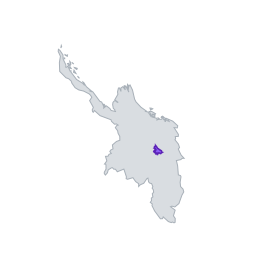 location of Monywa, Sagaing, Myanmar, rotated 149°
{"feature_id": "60261553B28979630774365", "entity_name": "Monywa", "entity_type": "district", "adm_level": 2, "iso_a3": "MMR", "parent_name": "Myanmar", "parent_adm1": "Sagaing", "projection": "robinson", "projection_center": [95.327, 22.213], "detail": "fine", "context": "in_parent", "style": "filled", "palette": "violet", "viewbox_px": 256, "rotation_deg": 149, "n_neighbors": 0, "source": "geoboundaries", "source_scale": "gbopen_adm2", "svg_char_len": 5664}
<svg xmlns="http://www.w3.org/2000/svg" viewBox="0 0 256 256"><g transform="rotate(149 128 128)"><path d="M161.9,115.3L159.6,114.1L157.9,115.2L155.4,114.8L155.7,117.2L154.2,118.0L151.6,117.8L150.1,121.5L144.8,122.4L141.3,121.7L139.4,125.0L139.2,128.7L138.3,131.0L138.7,134.8L136.4,135.9L135.0,135.6L135.8,137.4L137.6,138.2L138.7,142.2L138.3,143.8L145.6,153.0L147.8,160.3L149.5,159.3L150.0,160.1L149.3,162.0L147.1,163.5L146.8,171.2L143.2,173.0L143.3,175.6L143.8,177.4L147.0,182.5L150.6,186.0L152.6,189.8L153.0,195.3L152.5,197.5L153.5,200.8L155.3,203.0L157.4,211.6L153.2,219.3L149.0,224.3L148.4,229.6L147.1,231.3L146.4,229.7L146.1,224.1L148.1,220.6L148.8,213.8L150.1,212.3L149.4,211.7L147.7,212.1L148.3,206.6L147.4,206.4L148.1,205.2L147.1,196.1L143.8,189.6L143.3,186.8L142.9,190.6L142.5,189.8L142.4,184.8L140.5,179.2L140.6,178.8L141.5,179.2L140.7,178.0L140.1,178.3L139.5,176.9L138.4,165.4L137.2,163.8L137.7,158.9L138.6,157.6L135.1,158.1L133.5,154.0L133.4,151.7L129.9,148.2L130.5,149.3L129.9,150.5L130.5,152.4L129.1,156.0L127.7,157.7L125.8,158.3L124.4,157.3L124.0,155.4L123.4,155.4L124.8,159.0L119.3,162.1L118.4,164.3L115.6,167.2L114.7,166.8L115.2,162.9L113.5,166.0L111.2,166.1L110.7,162.0L109.8,164.4L108.4,165.1L108.8,158.3L108.4,160.2L106.2,163.0L104.1,163.9L104.6,158.2L107.5,149.3L107.7,146.3L106.2,139.2L103.6,133.2L104.4,133.1L102.6,131.4L102.4,126.9L101.4,128.5L101.3,131.3L99.1,129.9L97.0,126.0L97.8,125.7L100.2,127.5L101.6,126.5L101.9,125.2L98.2,121.4L99.1,119.9L97.9,119.9L94.6,118.1L93.7,118.4L94.1,120.1L93.4,120.5L92.2,118.1L93.1,116.9L92.3,116.8L92.9,114.6L92.5,114.3L91.0,117.2L90.2,116.5L91.1,115.1L90.7,114.2L89.4,112.5L89.5,115.6L86.1,110.8L84.2,104.3L85.7,102.7L88.3,104.6L88.1,96.6L89.2,94.9L91.9,96.3L92.7,94.3L93.8,93.7L93.1,88.2L93.9,84.7L95.7,84.1L96.1,81.2L96.4,77.4L95.5,73.1L97.2,74.1L99.0,73.7L103.3,75.2L104.9,70.1L109.0,61.9L107.5,60.1L107.7,58.9L111.3,54.6L113.1,50.7L112.3,47.3L113.1,44.5L116.3,42.7L123.3,37.0L128.5,36.2L130.6,38.4L132.1,38.6L129.9,33.3L134.3,29.3L134.1,26.2L136.2,22.9L137.4,23.0L138.4,24.6L139.6,24.6L141.6,27.0L143.6,33.7L145.1,32.5L147.0,33.5L147.9,43.3L147.4,49.1L146.3,50.4L147.2,52.8L145.3,53.6L144.1,55.9L142.2,56.1L141.0,59.2L139.1,59.7L138.1,62.1L138.3,64.0L136.9,65.0L136.4,68.2L137.7,69.5L138.1,71.2L136.7,74.8L137.9,74.9L143.0,72.5L146.6,73.0L149.0,72.4L147.5,74.8L149.0,78.0L149.4,82.9L154.8,84.3L155.7,85.5L154.5,87.0L152.7,94.9L159.7,96.0L160.0,99.1L161.5,100.2L161.7,101.9L162.7,102.4L166.5,102.3L168.7,100.2L171.6,99.3L171.8,101.1L171.1,102.3L168.0,104.1L165.9,107.7L165.7,108.5L166.7,109.2L163.1,110.7L161.9,115.3ZM99.2,123.9L101.4,125.4L101.0,126.4L99.6,126.5L98.5,124.6L99.2,123.9ZM144.5,201.5L146.0,203.8L144.5,205.4L144.5,201.5ZM98.9,133.8L97.7,132.9L96.9,131.7L99.4,131.7L98.9,133.8ZM146.6,211.4L146.7,214.4L145.7,214.1L145.2,211.5L146.6,211.4ZM107.5,163.8L105.9,165.7L105.7,164.1L107.8,161.7L107.5,163.8ZM137.1,161.2L136.2,160.6L136.1,158.8L136.8,158.3L137.3,159.2L137.1,161.2ZM143.6,215.1L143.4,214.0L144.4,211.6L144.2,213.7L143.6,215.1ZM143.1,220.7L144.4,222.9L144.2,223.4L143.0,221.6L142.3,221.7L143.1,220.7ZM147.5,209.7L146.1,210.3L146.0,208.2L147.5,209.7ZM144.4,231.2L142.7,233.1L142.9,232.0L144.4,231.2ZM91.8,118.4L92.4,120.8L91.4,117.9L91.8,118.4ZM144.5,196.8L144.5,198.6L144.0,195.6L144.5,196.8ZM97.0,120.1L97.2,121.7L96.2,119.5L97.0,120.1ZM142.8,207.5L141.8,206.5L142.1,205.9L142.6,206.0L142.8,207.5ZM142.1,204.8L141.4,206.0L140.8,205.3L141.3,204.7L142.1,204.8ZM142.2,212.2L142.3,213.3L141.5,210.7L142.2,212.2ZM109.8,166.1L109.1,166.0L110.0,164.8L110.1,165.3L109.8,166.1ZM146.8,220.9L146.2,220.7L146.7,219.5L146.8,220.9Z" fill="#d9dde1" stroke="#a8b0b8" stroke-width="1"/><path d="M113.5,98.7L113.7,98.4L113.8,98.4L114.0,98.3L114.3,98.3L114.5,98.4L114.8,98.3L115.0,98.3L115.1,98.2L115.2,97.9L115.2,97.7L115.3,97.6L115.4,97.3L115.5,97.3L115.5,97.2L115.9,97.2L115.7,96.9L115.7,97.0L115.5,96.9L115.4,96.8L115.3,96.7L115.2,96.5L115.2,96.3L115.3,96.1L115.4,95.9L115.5,95.8L115.6,95.7L115.5,95.4L115.4,95.2L115.3,94.9L115.5,94.9L115.6,95.0L115.7,94.9L115.7,95.0L115.8,95.0L116.0,95.1L116.1,95.3L116.3,95.4L116.5,95.3L116.6,95.2L116.6,94.9L116.6,94.7L116.8,94.7L117.0,94.7L117.1,94.8L117.3,94.8L117.5,94.9L117.6,94.7L117.8,94.6L118.0,94.6L118.0,94.4L118.1,94.2L117.9,94.0L117.7,94.0L117.7,93.8L117.6,93.7L117.7,93.4L117.4,93.3L117.4,93.2L117.5,93.3L117.5,93.2L117.6,93.3L117.6,93.2L117.5,92.9L117.3,93.0L117.3,92.9L117.5,92.8L117.5,92.7L117.4,92.7L117.2,92.5L117.2,92.4L117.0,92.2L117.0,91.9L116.9,91.8L117.0,91.7L116.9,91.7L117.0,91.5L117.1,91.4L116.9,91.3L116.9,91.2L116.7,91.1L116.6,90.9L116.6,91.0L116.6,90.9L116.5,91.0L116.5,90.9L116.5,91.0L116.4,90.9L116.4,91.0L116.2,91.0L116.2,90.9L116.1,90.7L116.0,90.8L116.0,90.7L115.9,90.7L115.9,90.8L115.9,91.0L115.8,90.9L115.7,90.9L115.7,90.7L115.6,90.8L115.4,90.8L115.2,90.8L115.2,90.7L114.9,90.7L114.8,90.8L114.7,90.8L114.4,90.9L114.2,90.7L114.0,90.4L113.9,90.4L113.8,90.2L113.7,90.0L113.6,89.9L113.6,89.7L113.4,89.6L113.4,89.4L113.2,89.3L113.1,89.2L112.9,89.2L112.7,89.4L112.5,89.5L112.4,89.5L112.1,89.5L111.9,89.6L111.7,89.5L111.5,89.4L111.4,89.4L111.3,89.5L111.2,89.5L111.3,89.6L111.5,89.8L111.5,90.0L111.4,90.1L111.3,90.3L111.3,90.6L111.2,90.8L111.2,91.2L111.1,91.3L111.2,91.5L111.3,91.6L111.4,91.8L111.5,91.9L111.6,92.1L111.6,92.3L111.7,92.5L111.8,92.6L112.0,92.7L112.0,92.8L112.1,93.3L112.2,93.5L112.3,93.6L112.4,93.8L112.5,94.0L112.6,94.3L112.6,94.5L112.8,94.8L112.9,95.0L113.0,95.1L113.1,95.4L113.2,95.5L113.2,95.9L113.1,96.0L113.1,96.3L113.1,96.5L113.1,96.8L113.1,97.0L113.1,97.3L113.2,97.6L113.3,97.7L113.3,97.8L113.3,98.0L113.4,98.3L113.3,98.5L113.5,98.6L113.5,98.7Z" fill="#8b5cf6" stroke="#5b21b6" stroke-width="1.5"/></g></svg>